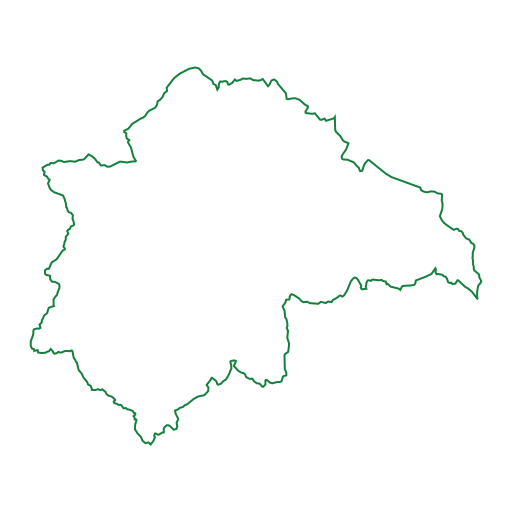 the district of Ba To, Quảng Ngãi, Vietnam
{"feature_id": "81297802B2421652022296", "entity_name": "Ba To", "entity_type": "district", "adm_level": 2, "iso_a3": "VNM", "parent_name": "Vietnam", "parent_adm1": "Quảng Ngãi", "projection": "robinson", "projection_center": [108.67, 14.715], "detail": "fine", "context": "isolated", "style": "outline", "palette": "green", "viewbox_px": 512, "rotation_deg": 0, "n_neighbors": 0, "source": "geoboundaries", "source_scale": "gbopen_adm2", "svg_char_len": 5949}
<svg xmlns="http://www.w3.org/2000/svg" viewBox="0 0 512 512"><path d="M471.9,291.7L477.8,299.4L477.2,297.8L477.1,292.1L477.9,287.1L478.5,285.2L480.4,283.2L481.3,281.1L479.3,277.4L479.1,274.5L474.3,270.5L473.8,269.2L473.7,266.4L473.1,264.6L473.0,260.3L472.4,257.7L472.8,256.3L472.7,252.8L474.4,247.3L474.3,245.4L473.3,243.9L471.3,243.0L469.3,239.6L466.1,238.4L463.4,234.9L462.6,232.5L461.4,231.3L459.3,231.0L458.1,229.2L456.9,228.7L453.6,229.8L446.5,224.9L443.7,222.6L441.7,220.0L439.9,216.2L442.3,208.7L442.6,204.6L441.8,200.4L442.0,194.4L441.3,193.8L437.7,193.4L434.3,191.6L430.6,191.4L427.4,192.3L424.5,191.9L421.3,190.4L420.3,187.6L391.5,177.1L385.9,173.7L369.0,160.1L368.0,160.1L365.5,162.7L364.2,164.8L362.4,170.0L362.0,170.9L360.9,171.2L360.0,171.0L358.6,167.4L356.8,166.0L353.8,162.4L347.5,159.7L343.6,159.5L342.2,158.9L341.7,157.5L341.8,155.7L346.3,149.1L348.4,143.2L344.1,141.4L342.9,140.3L340.3,136.1L335.8,131.6L335.2,129.7L334.8,117.0L333.8,118.4L326.0,120.8L324.6,118.6L321.6,119.8L320.1,119.7L314.9,113.3L312.2,113.8L306.2,113.1L305.6,112.7L305.4,111.7L308.0,107.4L307.7,106.0L305.2,104.8L299.3,99.7L295.4,98.3L292.1,98.4L287.8,99.3L286.7,98.9L285.9,93.3L277.9,83.9L277.0,81.6L274.2,79.4L271.4,80.6L269.5,84.5L268.0,86.2L262.7,79.0L260.5,80.3L258.2,80.6L253.1,80.1L250.3,78.4L245.8,78.9L242.9,78.5L240.3,79.9L236.5,80.9L234.9,79.5L232.3,82.8L229.1,84.7L228.0,84.4L227.3,82.0L226.3,81.2L223.9,81.2L222.3,81.8L220.2,81.5L218.9,83.9L218.7,87.5L217.3,89.6L215.8,85.1L213.3,83.9L212.5,81.2L211.6,80.1L203.0,74.3L200.9,70.5L198.8,68.4L195.1,67.5L189.1,68.8L179.9,73.6L174.1,78.1L166.7,87.7L167.0,91.0L164.2,93.2L162.6,97.0L159.9,99.9L157.7,101.3L156.9,105.1L154.9,107.9L149.6,110.5L147.8,112.0L145.0,116.1L143.3,117.5L140.9,118.5L132.3,123.8L128.1,128.9L124.2,130.7L124.3,132.1L126.3,133.4L126.2,136.2L126.8,138.4L129.3,140.1L128.0,141.6L128.1,142.6L130.9,147.4L133.5,157.0L135.9,160.9L135.3,161.4L131.2,161.6L127.2,162.5L120.1,161.6L109.8,166.7L107.1,166.7L104.6,165.1L100.9,165.5L98.8,162.4L97.6,162.5L94.7,158.5L92.0,156.3L88.5,154.4L84.6,158.8L82.9,159.7L79.1,160.0L75.1,161.7L70.1,161.1L64.1,162.0L60.5,160.7L58.5,160.6L53.8,163.3L50.5,163.0L49.3,164.8L47.6,164.7L42.6,167.6L42.9,170.3L44.7,171.9L44.0,174.0L44.1,175.1L47.1,176.6L48.1,178.6L49.7,179.9L48.0,183.4L49.7,188.0L50.7,189.7L54.0,192.2L62.9,195.4L64.5,198.6L65.8,203.3L66.3,207.3L67.1,208.2L67.5,210.1L68.7,212.2L70.9,212.8L72.9,215.3L72.5,218.9L73.5,221.4L74.1,224.6L73.5,225.4L71.0,226.4L69.9,228.9L68.2,229.7L67.2,231.0L68.3,233.6L65.8,236.9L65.7,239.8L64.5,242.2L64.2,244.3L63.5,246.2L63.8,247.3L64.8,248.3L64.8,249.5L62.6,250.6L56.6,259.3L51.7,262.4L48.9,268.8L47.0,268.7L44.9,270.5L45.1,273.9L46.2,274.9L50.0,275.8L50.2,279.1L51.9,281.6L55.1,281.9L58.9,284.0L59.4,285.2L59.5,288.0L58.0,291.2L57.0,294.9L54.9,297.2L53.5,299.7L53.6,305.1L54.0,306.0L49.0,307.7L48.1,309.5L47.2,313.0L44.0,315.6L43.0,318.4L41.9,320.1L41.7,322.4L39.5,324.6L40.5,327.8L39.1,328.7L37.3,328.4L33.9,329.4L33.3,331.0L33.4,333.2L32.7,336.1L30.8,341.1L30.7,345.8L32.0,348.6L33.9,349.1L34.2,350.9L37.6,350.1L38.1,352.5L41.3,353.0L45.7,352.7L46.9,351.8L49.0,351.3L50.7,349.0L52.9,351.4L53.5,353.0L54.5,353.7L57.0,353.1L58.3,351.8L59.8,352.5L61.4,352.5L65.2,350.9L69.9,351.2L71.7,350.4L72.5,351.3L73.7,357.8L75.3,360.0L75.9,361.7L76.9,362.7L78.7,370.1L81.8,373.7L83.5,377.6L87.2,382.0L88.0,384.4L90.5,385.8L91.7,388.2L91.8,389.9L95.3,390.0L98.1,389.2L99.4,389.9L100.9,390.0L102.4,389.3L105.8,392.2L106.1,393.5L108.2,395.5L111.9,396.7L115.1,399.7L115.1,400.3L113.7,401.4L113.8,402.2L114.5,403.1L116.9,403.8L118.3,404.8L121.1,405.0L123.6,408.3L126.1,408.1L127.3,409.4L129.0,409.5L132.8,411.0L133.7,412.8L135.3,413.3L135.3,414.6L133.5,416.1L134.5,417.3L134.7,419.4L136.0,419.4L136.5,420.2L135.2,424.4L134.9,429.2L137.6,433.5L141.0,437.0L142.6,440.8L145.5,443.2L148.5,442.4L150.6,444.5L153.3,441.1L154.9,437.3L154.2,435.7L154.9,433.6L155.8,433.5L157.7,434.6L158.8,434.7L162.4,432.5L163.8,432.4L163.8,428.3L164.6,427.1L166.7,425.3L168.1,425.2L169.8,425.9L173.7,429.7L176.3,429.0L177.3,426.6L176.6,422.7L177.9,420.0L178.1,418.6L175.7,413.8L175.0,410.6L177.9,409.4L179.9,407.8L182.9,407.0L184.7,405.2L187.3,404.2L193.6,399.0L198.1,396.5L204.3,395.2L208.2,391.1L208.4,387.4L206.6,385.0L210.5,380.0L211.6,377.8L212.1,377.8L216.3,381.2L217.3,384.1L217.9,384.7L220.7,383.9L223.2,381.2L226.0,379.5L229.4,373.6L230.1,371.1L231.4,368.7L231.2,365.0L230.3,362.1L230.5,361.4L231.4,360.9L234.2,360.4L235.8,360.9L235.7,361.9L233.9,365.9L237.8,370.4L240.9,372.4L244.1,373.4L245.1,374.5L246.1,377.0L249.3,378.8L252.4,378.7L254.3,381.5L256.8,383.3L259.5,383.6L262.2,386.6L263.3,386.7L265.4,384.5L265.4,380.4L266.1,379.9L267.3,380.3L269.9,382.6L272.4,383.3L276.8,382.1L279.9,382.0L281.5,381.2L282.9,376.8L283.8,376.0L286.1,375.5L286.4,375.1L286.2,372.3L284.8,369.0L284.5,355.4L285.0,354.1L288.2,351.8L289.0,345.6L289.0,343.2L287.3,338.0L288.0,330.8L286.7,327.9L287.5,326.0L287.3,323.4L286.5,319.3L285.1,317.1L284.6,310.8L282.6,306.5L285.2,302.9L286.2,299.7L289.2,299.5L289.7,298.1L289.7,296.3L291.5,294.2L293.8,295.0L299.0,298.4L301.6,301.2L303.3,302.2L307.3,301.8L309.8,303.1L318.3,303.8L320.7,301.9L325.9,303.0L328.2,301.5L331.6,302.1L332.8,300.0L336.6,298.0L339.6,295.7L340.6,295.5L342.4,296.6L344.1,295.4L347.1,290.4L350.9,281.3L353.2,278.4L354.8,277.5L356.5,278.1L357.9,279.7L361.1,285.4L361.2,286.5L360.7,287.7L361.8,289.3L366.4,288.8L365.7,286.2L366.3,284.8L366.4,282.7L367.8,280.4L369.2,280.3L371.0,280.9L372.0,279.7L373.1,279.6L379.0,280.3L381.7,279.9L383.1,281.1L385.7,281.5L386.6,284.2L387.6,283.8L390.5,286.6L398.6,288.6L400.3,289.9L401.9,286.6L403.0,285.9L411.8,285.4L414.3,284.8L415.4,283.2L415.8,280.5L425.7,276.7L431.5,273.9L435.4,268.3L435.8,269.4L435.6,272.8L436.8,274.3L438.3,274.0L442.4,274.9L443.7,276.3L445.7,276.7L447.1,279.0L448.1,282.1L449.8,283.1L451.2,282.6L452.4,284.0L455.4,283.6L457.4,280.3L458.2,280.3L465.1,286.8L468.2,288.6L471.9,291.7Z" fill="none" stroke="#15803d" stroke-width="2"/></svg>